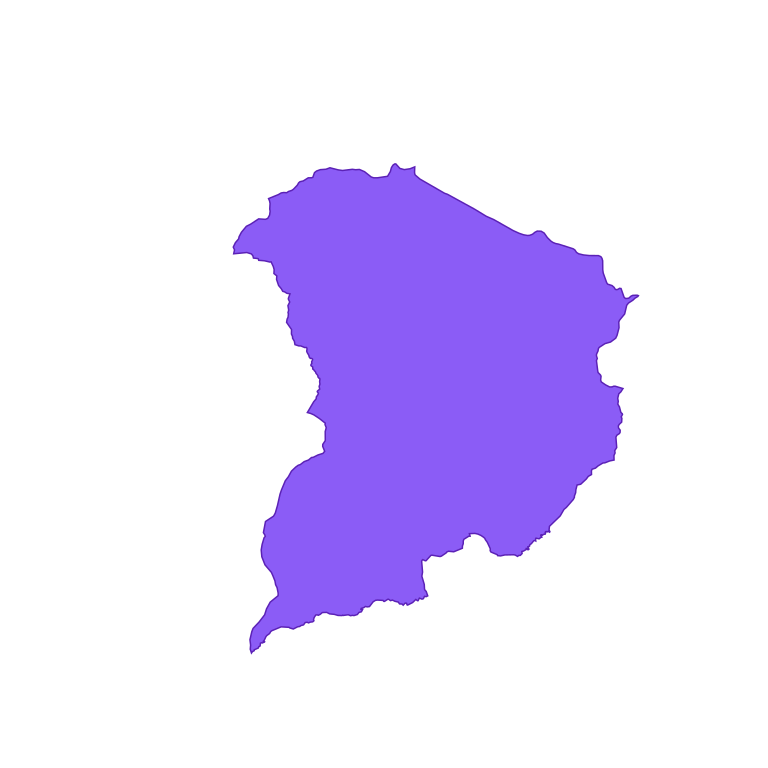 Iedera, Dâmbovita, Romania, rotated 326°
{"feature_id": "2599482B64080351201146", "entity_name": "Iedera", "entity_type": "district", "adm_level": 2, "iso_a3": "ROU", "parent_name": "Romania", "parent_adm1": "Dâmbovita", "projection": "natural_earth1", "projection_center": [25.641, 45.048], "detail": "fine", "context": "isolated", "style": "filled", "palette": "violet", "viewbox_px": 768, "rotation_deg": 326, "n_neighbors": 0, "source": "geoboundaries", "source_scale": "gbopen_adm2", "svg_char_len": 6171}
<svg xmlns="http://www.w3.org/2000/svg" viewBox="0 0 768 768"><g transform="rotate(326 384 384)"><path d="M532.2,575.7L534.6,571.9L537.0,570.4L538.0,568.3L541.4,566.8L546.5,557.8L548.3,556.7L551.5,556.7L552.7,556.1L554.0,554.3L553.8,551.7L554.8,549.8L556.5,549.0L559.7,548.5L562.0,545.5L562.3,543.9L564.7,542.6L564.9,541.8L564.5,540.0L566.4,534.6L566.6,531.4L568.5,529.4L569.8,526.5L573.2,523.4L575.9,523.0L579.6,521.4L574.5,515.2L573.2,514.3L571.4,513.9L569.4,512.6L567.2,508.6L565.3,503.8L565.8,501.9L568.3,498.9L568.5,497.5L567.9,494.2L568.4,492.9L573.2,483.4L575.1,482.1L575.9,479.4L576.9,478.1L579.9,476.3L581.5,474.6L582.8,474.0L589.8,474.1L595.3,475.9L601.7,475.6L604.4,474.0L610.3,468.8L613.3,463.9L615.0,462.8L622.7,460.5L629.2,454.5L631.9,453.6L637.2,453.7L640.2,453.2L643.4,453.4L644.3,453.0L643.5,451.9L639.8,449.6L637.9,449.3L634.8,449.7L632.2,448.3L631.6,446.9L631.6,446.1L633.9,437.4L632.8,436.4L630.6,436.3L629.2,435.6L628.7,434.7L628.8,432.5L628.1,429.9L625.2,426.2L625.3,424.4L627.8,414.6L629.2,411.7L634.2,404.1L635.0,401.7L635.0,399.7L633.6,397.5L625.9,392.2L621.6,388.6L618.2,384.9L617.2,382.6L617.2,379.5L616.4,377.6L606.9,365.6L604.8,363.5L603.2,361.1L602.3,358.9L601.3,354.0L601.2,348.4L599.7,345.2L596.5,342.9L593.9,342.6L590.9,342.9L587.9,342.2L586.0,341.1L583.2,338.4L580.3,334.6L576.8,328.9L566.9,309.0L562.6,302.2L556.8,289.6L542.7,262.2L540.9,259.8L528.4,234.2L526.8,228.4L526.8,227.5L527.7,225.6L530.9,221.2L525.9,220.1L520.7,217.6L517.7,214.1L516.9,208.2L516.1,207.6L514.2,207.5L512.6,208.1L511.1,208.8L508.1,211.4L503.1,213.8L493.9,209.4L490.8,207.3L489.2,205.3L486.6,197.1L483.6,192.4L480.3,190.5L477.8,188.3L469.0,183.8L465.8,180.9L460.1,174.5L456.0,173.5L451.1,170.7L447.2,169.7L444.6,169.9L440.5,172.9L439.1,172.4L436.5,170.7L430.6,170.5L427.5,169.3L425.7,169.5L423.3,170.7L417.8,171.9L415.7,171.9L412.5,171.0L410.3,171.0L408.0,169.2L405.6,168.1L402.3,167.9L392.0,165.7L391.5,168.2L390.5,170.6L387.1,175.1L386.2,177.1L383.6,180.0L380.2,181.7L377.8,181.2L372.4,177.0L362.7,176.9L358.1,176.3L350.6,178.5L346.3,180.8L344.6,182.4L339.9,183.7L335.6,186.2L335.1,189.2L332.2,192.0L343.8,198.3L346.8,202.0L347.0,204.4L346.2,206.6L349.6,209.5L349.8,209.9L349.3,211.4L353.8,215.0L357.5,219.0L358.7,219.6L357.9,224.7L356.9,227.7L354.5,230.9L355.6,234.4L353.4,237.2L351.7,243.4L352.1,247.4L351.9,250.6L353.1,252.0L354.2,254.5L356.5,256.7L352.6,259.5L352.1,260.4L351.7,263.3L348.2,265.3L346.3,269.4L344.2,271.3L344.1,272.2L341.8,275.0L340.0,276.0L337.7,278.4L337.8,287.1L335.2,290.8L334.7,293.5L333.8,295.0L333.6,298.4L332.2,301.6L334.6,304.7L336.3,305.9L338.7,309.5L340.1,310.3L340.2,310.8L339.8,311.9L338.3,313.5L337.9,314.9L337.7,318.3L337.1,319.7L337.2,321.6L338.3,322.3L338.7,323.2L338.3,324.1L336.5,325.0L335.6,326.7L334.5,326.9L333.7,327.9L334.4,329.9L333.3,331.8L333.7,332.6L333.7,334.1L334.0,335.5L333.6,337.1L333.9,339.9L333.2,341.2L333.3,342.7L333.8,343.4L333.6,344.1L331.9,346.1L330.8,348.3L328.9,349.7L327.8,352.3L325.0,352.6L324.3,353.1L324.5,354.8L323.4,355.8L320.6,356.9L319.6,358.3L315.8,359.4L304.5,364.8L306.8,367.5L308.6,370.4L310.9,375.9L313.4,383.6L312.4,384.7L311.7,387.9L308.7,390.5L304.0,397.6L303.4,398.2L299.5,399.8L298.3,401.4L297.2,406.6L294.6,407.4L289.6,405.9L284.3,405.2L282.8,404.4L278.9,404.8L274.4,403.7L269.5,404.0L267.5,403.4L264.4,403.5L258.5,404.5L252.9,407.4L248.1,409.0L239.6,414.6L236.2,417.2L227.8,425.1L221.7,430.2L219.4,431.4L218.5,431.8L208.9,431.7L200.9,439.8L200.8,442.3L200.4,443.9L198.5,444.5L193.3,448.8L189.4,452.9L186.1,458.9L184.2,467.4L185.3,477.2L184.6,481.1L183.5,486.2L181.9,489.8L181.5,493.0L179.3,498.2L177.8,500.3L167.7,501.2L160.9,504.7L156.0,508.6L147.3,511.5L138.8,513.4L135.9,515.4L129.9,521.0L127.4,525.9L124.8,529.1L123.7,532.9L125.3,532.3L127.3,532.5L127.8,531.8L132.1,532.6L133.2,531.8L134.8,531.9L136.6,529.8L137.8,530.0L138.2,530.6L140.6,531.1L140.9,530.9L140.7,530.6L140.0,530.7L139.8,530.3L140.0,529.8L141.4,529.5L144.9,527.4L146.2,527.0L149.6,526.9L151.6,525.9L153.0,525.8L162.9,527.8L169.2,532.6L169.5,533.6L171.8,536.4L176.7,537.0L178.5,537.9L180.0,537.8L182.6,538.7L185.3,537.7L187.0,538.5L187.9,539.9L189.5,540.1L191.9,541.3L193.5,541.1L193.7,540.1L195.4,538.6L198.2,537.4L199.4,537.9L200.2,539.0L202.3,539.3L205.1,539.0L208.8,541.3L210.4,544.2L214.0,547.2L216.4,550.1L219.7,552.5L220.6,552.6L220.8,553.1L225.3,555.3L226.7,557.4L228.6,558.2L229.6,559.2L233.0,560.2L235.5,559.4L237.9,560.2L240.1,559.0L238.9,557.9L239.6,557.3L242.2,558.1L244.1,558.0L245.6,559.5L247.5,560.4L253.2,558.5L256.0,558.6L257.8,559.5L262.2,562.9L262.3,564.1L262.8,564.5L266.8,564.6L267.5,565.1L268.2,567.2L270.2,567.9L271.5,570.2L273.9,572.8L273.9,575.0L275.9,576.5L276.2,578.1L278.7,577.5L279.7,577.9L280.1,578.5L279.6,580.0L280.0,580.5L285.5,581.2L289.9,580.4L290.6,582.4L291.1,582.7L293.6,581.3L295.2,583.6L296.6,584.0L298.8,582.7L300.1,583.9L301.8,584.1L303.0,579.5L302.7,578.1L302.9,576.7L305.3,572.7L307.9,564.5L310.8,561.5L316.1,552.0L317.1,551.4L318.0,551.3L319.3,553.6L320.1,554.0L327.1,552.3L328.1,552.8L334.0,558.4L335.4,558.8L341.1,558.8L342.1,558.4L343.9,558.7L348.0,562.1L357.1,564.0L358.5,562.1L360.3,560.8L362.0,558.4L363.4,557.4L369.2,557.6L370.3,558.3L371.1,555.8L375.8,558.7L377.9,560.9L379.7,563.8L380.9,566.8L381.3,568.5L381.0,569.5L381.1,573.0L380.0,580.0L378.8,581.6L378.7,583.1L382.5,588.9L382.2,589.8L384.5,591.7L388.6,593.3L396.2,598.2L397.2,599.3L398.3,601.6L399.8,601.5L401.2,602.3L403.7,601.8L404.6,599.9L406.2,600.5L409.1,600.7L409.9,599.9L410.8,600.5L410.4,601.5L410.8,602.0L411.6,602.1L412.2,600.9L411.9,600.1L412.2,599.4L414.0,599.8L415.2,598.7L416.8,598.8L420.4,597.7L421.5,598.1L422.0,599.0L423.1,597.1L423.8,596.8L426.0,599.1L428.3,598.9L429.1,599.2L429.2,597.3L429.9,596.8L430.5,597.2L430.4,598.0L432.1,597.9L433.8,598.6L434.3,598.2L434.7,597.1L435.5,596.8L436.1,597.1L436.3,597.8L437.8,598.0L438.3,599.4L438.9,599.3L439.3,597.2L441.6,594.5L456.3,591.9L463.1,588.6L466.1,588.3L476.3,585.6L478.4,584.5L479.3,583.3L482.1,581.3L483.9,579.0L487.6,575.7L491.0,577.1L498.6,575.9L501.7,574.8L505.4,575.1L507.4,572.0L508.8,571.0L512.3,572.0L515.8,571.6L521.3,571.9L523.1,572.9L528.1,574.0L532.2,575.7Z" fill="#8b5cf6" stroke="#5b21b6" stroke-width="1.5"/></g></svg>